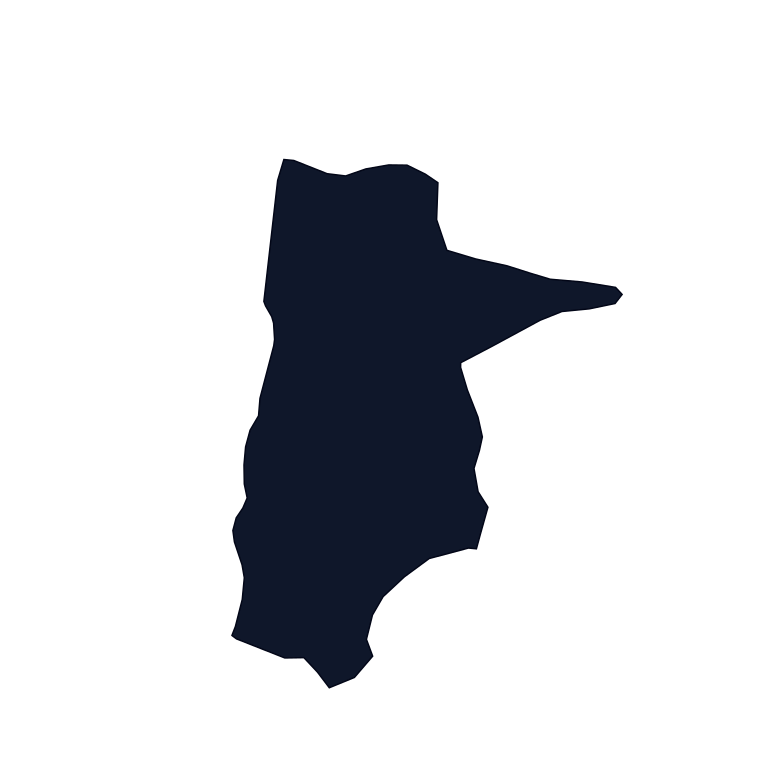 the border of Podgorica, rotated 152°
{"feature_id": "MNE-1517", "entity_name": "Podgorica", "entity_type": "Municipality", "adm_level": 1, "iso_a3": "MNE", "parent_name": "Montenegro", "parent_adm1": "", "projection": "natural_earth1", "projection_center": [19.345, 42.469], "detail": "fine", "context": "isolated", "style": "filled", "palette": "ink", "viewbox_px": 768, "rotation_deg": 152, "n_neighbors": 0, "source": "natural_earth", "source_scale": "10m", "svg_char_len": 1059}
<svg xmlns="http://www.w3.org/2000/svg" viewBox="0 0 768 768"><g transform="rotate(152 384 384)"><path d="M636.3,233.4L629.1,239.6L610.3,260.3L598.3,278.5L594.2,291.0L590.2,314.8L586.2,325.6L577.3,335.2L566.9,340.7L558.3,347.6L554.3,361.3L545.6,378.3L535.7,393.5L523.9,406.1L509.7,414.8L500.2,429.6L463.4,469.5L459.7,474.7L452.9,489.6L451.5,496.2L451.9,508.6L451.3,513.3L382.3,613.7L367.0,629.2L358.7,623.7L335.5,596.4L320.2,585.7L299.0,582.4L277.0,575.2L260.9,566.4L249.0,549.9L241.9,536.4L260.4,504.4L265.7,472.5L244.5,451.5L219.8,430.5L203.4,413.7L188.1,398.5L161.2,381.1L134.2,360.6L131.7,351.3L142.2,346.6L152.8,349.7L167.5,354.0L192.9,364.5L216.3,367.0L270.6,366.6L306.3,366.8L308.6,362.6L313.2,339.6L316.6,310.6L322.0,291.1L330.9,280.6L344.2,267.2L351.5,244.7L350.1,226.4L368.9,206.7L379.8,195.1L386.4,199.5L426.0,208.7L456.5,204.2L484.6,196.7L502.6,185.5L519.4,166.8L521.8,149.0L547.9,138.8L574.9,141.5L578.0,160.8L583.2,180.0L600.2,188.7L614.8,205.8L633.9,228.2L636.2,233.1L636.3,233.4Z" fill="#0f172a" stroke="#020617" stroke-width="1.5"/></g></svg>